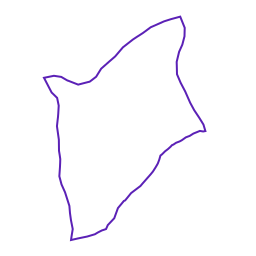 Aniocha North, Delta, Nigeria (Natural Earth projection), rotated 172°
{"feature_id": "59680162B16701148271715", "entity_name": "Aniocha North", "entity_type": "district", "adm_level": 2, "iso_a3": "NGA", "parent_name": "Nigeria", "parent_adm1": "Delta", "projection": "natural_earth1", "projection_center": [6.478, 6.367], "detail": "fine", "context": "isolated", "style": "outline", "palette": "violet", "viewbox_px": 256, "rotation_deg": 172, "n_neighbors": 0, "source": "geoboundaries", "source_scale": "gbopen_adm2", "svg_char_len": 1440}
<svg xmlns="http://www.w3.org/2000/svg" viewBox="0 0 256 256"><g transform="rotate(172 128 128)"><path d="M51.8,114.2L52.8,120.9L56.1,128.4L60.0,136.5L62.9,144.3L66.1,155.6L66.2,156.0L69.6,165.5L72.0,174.4L71.0,183.0L70.6,186.7L66.8,196.3L62.6,203.0L59.3,210.9L57.9,219.3L60.8,231.0L70.3,229.8L77.4,228.6L91.5,224.6L100.0,220.0L104.5,217.9L106.1,217.2L110.9,214.9L115.9,212.0L121.8,208.6L130.7,200.7L135.8,197.4L136.9,196.7L146.3,190.5L149.4,186.8L152.4,183.2L157.3,180.4L159.5,179.2L161.6,179.0L171.3,177.9L181.1,183.4L181.3,183.4L187.0,187.9L194.1,190.0L204.2,189.4L198.7,173.8L194.0,167.7L193.5,159.8L195.1,151.8L195.8,148.6L196.5,146.0L198.1,139.7L198.1,126.2L198.2,125.3L199.5,115.0L199.4,110.5L199.4,106.6L200.0,103.1L200.8,98.8L202.7,89.8L201.7,81.4L199.3,73.1L196.9,59.1L196.9,58.8L197.3,51.8L197.3,44.6L196.8,35.6L198.5,30.1L199.2,27.8L200.0,25.0L193.0,25.6L183.5,26.2L175.5,27.4L173.9,28.1L172.7,28.6L172.2,28.8L168.1,30.2L165.8,30.6L163.8,31.0L161.5,34.7L154.6,40.2L154.2,40.5L149.1,50.1L144.9,53.9L142.3,56.3L140.9,56.7L134.0,63.1L131.7,64.4L129.0,65.9L124.0,68.7L123.9,68.7L121.2,71.1L112.0,79.0L109.5,81.3L108.1,82.9L107.1,84.1L106.9,84.3L105.9,85.5L103.4,88.7L101.4,92.4L99.7,96.2L98.1,97.1L94.5,99.8L91.3,101.6L88.5,103.5L86.8,104.9L85.2,105.3L84.7,105.6L83.0,106.4L82.4,106.7L78.8,107.5L76.4,108.4L72.0,110.7L68.0,111.6L64.0,113.4L57.2,115.1L54.1,114.1L51.8,114.2Z" fill="none" stroke="#5b21b6" stroke-width="2"/></g></svg>